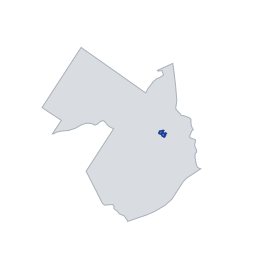 San Cristóbal Acasaguastlán, El Progreso, Guatemala (highlighted), rotated 303°
{"feature_id": "79465075B13418311867324", "entity_name": "San Cristóbal Acasaguastlán", "entity_type": "district", "adm_level": 2, "iso_a3": "GTM", "parent_name": "Guatemala", "parent_adm1": "El Progreso", "projection": "mercator", "projection_center": [-89.866, 15.005], "detail": "fine", "context": "in_parent", "style": "filled", "palette": "blue", "viewbox_px": 256, "rotation_deg": 303, "n_neighbors": 0, "source": "geoboundaries", "source_scale": "gbopen_adm2", "svg_char_len": 2930}
<svg xmlns="http://www.w3.org/2000/svg" viewBox="0 0 256 256"><g transform="rotate(303 128 128)"><path d="M49.4,178.5L50.4,177.5L51.2,175.1L52.3,172.6L51.7,169.7L51.3,167.4L52.5,164.0L52.4,161.5L52.9,160.0L54.7,158.9L55.6,157.0L50.6,150.4L50.6,148.8L51.2,147.0L55.4,139.9L60.3,131.4L65.7,122.1L68.9,116.4L80.8,116.4L88.7,116.4L98.6,116.4L109.5,116.4L116.6,116.4L119.5,116.3L119.0,112.7L119.4,108.6L120.7,104.9L120.7,103.3L118.6,101.3L114.5,100.2L112.2,98.4L112.2,96.2L111.2,93.5L109.2,90.3L105.1,87.1L98.8,83.8L93.4,79.3L89.0,73.7L85.3,70.1L82.4,68.6L81.8,67.8L90.2,67.9L98.1,68.0L98.2,60.0L98.2,52.8L98.3,44.8L112.7,44.8L129.9,44.8L147.7,44.8L161.8,44.8L170.0,44.8L169.6,54.8L169.2,66.4L168.9,74.9L168.5,86.2L168.0,97.7L167.4,113.5L167.0,123.6L167.2,123.8L171.9,123.3L178.8,123.8L180.5,123.8L182.6,124.6L184.3,124.9L187.8,127.2L191.9,128.9L194.6,125.4L193.2,123.3L192.1,122.3L192.3,121.3L206.6,130.4L205.0,131.7L201.3,135.0L194.7,140.5L188.7,145.4L183.0,149.8L177.9,153.8L177.3,154.2L170.8,157.1L169.7,158.4L168.3,164.1L167.6,165.5L168.8,168.6L170.0,173.5L169.6,176.0L165.1,179.1L163.0,181.9L162.1,183.7L161.3,183.3L159.9,183.1L156.7,183.8L155.1,184.0L153.8,184.8L153.7,186.5L154.6,189.4L154.9,190.8L154.0,191.5L150.0,193.2L148.4,194.9L146.9,197.5L145.2,198.6L143.4,198.4L142.1,198.7L139.3,200.7L135.2,204.5L133.0,207.3L132.9,209.4L133.4,211.2L118.3,204.6L113.3,203.5L92.1,203.6L83.0,201.0L72.7,195.9L65.7,191.3L49.4,178.5Z" fill="#d9dde1" stroke="#a8b0b8" stroke-width="1"/><path d="M144.4,162.3L144.4,162.2L144.2,162.0L144.0,161.9L143.8,162.0L143.7,162.1L143.4,162.2L143.3,161.9L143.2,161.9L143.2,162.0L143.0,161.9L143.0,161.7L142.9,161.7L143.0,161.1L143.1,160.9L143.1,160.7L142.9,160.4L142.8,160.2L142.7,160.0L142.6,159.9L142.5,159.7L142.3,159.6L142.3,159.4L142.2,159.4L142.1,159.2L142.3,159.1L142.8,159.2L143.1,159.3L143.5,159.4L144.5,159.4L145.2,159.5L145.3,159.5L145.4,159.4L145.4,159.2L145.2,159.0L145.1,158.9L144.9,158.6L144.7,158.4L144.6,158.2L144.3,158.0L144.0,157.7L143.9,157.6L143.5,157.2L143.4,157.2L143.2,156.9L143.0,156.7L142.6,156.2L142.4,156.3L142.2,156.3L141.8,156.4L141.7,156.5L141.4,156.6L141.2,156.5L140.8,156.6L140.5,156.7L140.4,156.7L140.3,156.9L140.3,157.0L140.4,157.4L140.4,157.6L140.5,157.7L140.5,157.8L140.5,158.0L140.6,158.3L140.7,158.6L140.7,158.8L140.8,158.9L140.8,159.0L140.8,159.3L140.7,159.4L140.7,159.5L140.6,159.8L140.5,160.0L140.5,160.3L140.4,160.5L140.2,160.7L140.2,160.8L139.9,161.1L139.9,161.3L140.0,161.5L140.0,162.0L140.0,162.4L140.0,162.7L140.1,162.8L140.2,163.0L140.3,163.1L140.3,163.3L140.2,163.4L140.3,163.5L140.4,163.4L140.5,163.4L140.8,163.4L141.0,163.4L141.2,163.5L141.3,163.5L141.3,163.4L141.4,163.2L141.5,163.1L141.8,163.1L142.0,163.2L142.0,163.3L142.3,163.4L142.4,163.2L142.5,163.1L142.8,163.1L143.0,163.1L143.3,163.0L143.5,163.0L143.5,162.9L143.7,162.7L143.8,162.5L144.0,162.5L144.3,162.7L144.3,162.4L144.4,162.3Z" fill="#3b82f6" stroke="#1e3a8a" stroke-width="1.5"/></g></svg>